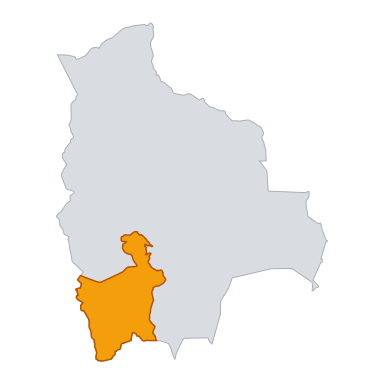 Potosí on a map of Bolivia (Robinson projection)
{"feature_id": "BOL-1939", "entity_name": "Potosí", "entity_type": "Department", "adm_level": 1, "iso_a3": "BOL", "parent_name": "Bolivia", "parent_adm1": "", "projection": "robinson", "projection_center": [-66.321, -20.376], "detail": "fine", "context": "in_parent", "style": "filled", "palette": "amber", "viewbox_px": 384, "rotation_deg": 0, "n_neighbors": 0, "source": "natural_earth", "source_scale": "10m", "svg_char_len": 9142}
<svg xmlns="http://www.w3.org/2000/svg" viewBox="0 0 384 384"><path d="M59.9,225.7L59.3,219.8L58.3,218.4L56.9,217.4L56.5,216.2L57.0,215.0L59.7,212.5L61.1,212.1L61.5,210.9L66.4,203.9L67.9,202.5L69.6,201.5L70.4,200.7L70.0,198.1L70.1,196.4L70.7,195.3L74.0,193.3L74.3,192.9L74.2,192.2L72.8,190.9L69.8,189.8L67.8,189.9L65.9,188.0L62.0,177.5L61.3,175.0L61.4,174.1L64.0,168.8L66.9,164.7L66.5,163.7L63.3,159.6L62.3,157.6L62.6,153.3L64.5,152.1L65.4,148.3L66.2,147.6L68.0,145.0L70.4,142.6L70.5,139.8L71.3,139.0L73.3,138.1L73.5,137.3L73.1,135.4L72.0,133.3L71.2,132.3L70.1,127.3L68.9,124.8L70.2,122.6L71.0,120.1L71.2,117.1L71.0,104.3L73.5,101.1L74.8,100.4L76.0,99.3L75.9,97.3L77.6,94.6L57.4,54.8L65.3,54.9L73.8,56.4L75.3,57.2L75.6,58.6L76.6,59.2L78.9,58.9L85.9,55.4L86.9,54.4L89.4,50.6L91.3,48.5L93.1,47.7L96.6,47.4L97.8,48.0L99.2,48.0L100.4,45.8L102.3,43.4L106.0,40.4L107.9,39.6L109.1,38.6L111.1,38.4L112.9,37.4L121.5,29.8L125.0,27.9L129.0,27.1L132.0,26.0L139.7,25.0L144.6,24.5L146.1,25.6L147.9,25.3L149.4,23.6L150.7,23.0L151.6,23.1L152.9,25.1L153.5,27.2L153.1,28.8L153.2,31.2L153.8,34.2L153.4,36.9L150.6,42.0L150.4,43.5L150.6,45.5L151.4,48.8L153.0,53.3L153.2,56.7L152.1,58.9L151.6,60.8L151.7,62.4L152.1,63.5L152.8,64.2L153.1,65.4L153.2,67.3L154.1,69.2L155.8,71.0L156.5,72.7L156.2,74.3L156.3,75.3L156.8,75.7L157.9,74.9L158.4,75.1L159.6,77.3L160.4,79.7L160.6,81.1L164.3,82.5L169.2,86.9L171.4,88.1L173.4,93.0L177.2,94.1L184.3,95.3L187.7,93.7L189.9,94.0L192.2,95.0L197.6,99.1L199.7,99.9L201.3,98.8L202.7,98.4L203.8,98.9L205.0,102.4L209.0,106.2L210.6,107.3L212.3,107.2L219.8,110.7L221.8,111.0L223.8,110.8L225.1,111.4L225.6,113.5L229.0,117.7L230.6,119.4L232.4,120.8L237.2,120.8L238.7,121.2L248.4,119.9L252.1,121.7L261.2,127.6L263.1,131.4L263.5,133.5L262.9,135.5L262.1,136.4L261.9,137.7L262.2,139.7L263.6,141.5L264.9,147.6L265.7,148.8L266.2,160.9L259.3,161.1L260.5,162.3L266.9,170.9L268.2,191.1L304.8,192.6L305.7,192.6L308.4,191.5L309.1,191.5L308.9,196.8L306.2,200.9L306.0,202.2L306.4,207.6L307.3,211.9L307.7,215.8L308.8,217.1L311.9,219.1L316.7,223.0L318.6,223.5L320.2,223.0L321.2,224.5L321.3,227.1L325.5,238.6L326.3,240.2L327.5,241.0L327.3,241.5L326.2,241.8L325.7,242.6L320.9,258.9L322.1,259.0L322.3,262.2L320.9,262.5L320.5,263.2L312.9,280.2L318.8,286.2L318.2,287.2L315.3,288.1L313.6,290.6L312.1,290.9L312.6,286.7L312.2,283.0L311.8,282.0L291.7,268.4L271.3,268.7L237.7,276.6L232.3,277.6L228.6,288.1L220.6,301.1L220.5,314.0L212.0,344.0L209.9,342.1L208.4,339.2L208.0,337.9L207.8,337.9L189.3,338.1L188.4,338.7L187.1,338.7L186.2,338.1L185.2,338.2L183.9,338.7L182.7,339.8L176.2,353.4L175.3,358.3L174.9,359.2L173.8,357.5L170.5,347.5L168.7,343.8L166.6,342.7L160.2,340.8L148.5,340.4L144.8,340.8L142.9,340.5L140.9,338.5L136.5,334.9L135.7,333.7L134.0,333.0L133.0,332.9L132.4,333.6L130.7,339.3L129.8,340.9L123.7,343.2L122.1,343.5L121.2,344.9L120.9,346.8L120.1,348.5L115.9,351.0L115.0,352.1L114.5,354.6L111.4,359.0L102.9,360.8L100.1,360.8L98.2,360.5L96.3,359.1L96.0,356.7L96.4,354.1L96.2,350.6L94.7,346.5L94.8,345.2L94.6,343.2L93.8,339.4L91.8,337.5L91.0,331.6L89.4,328.2L89.1,320.0L83.8,311.0L81.6,310.4L81.1,309.8L80.8,308.5L80.9,305.2L82.7,302.8L76.9,298.5L76.5,297.4L76.6,296.4L78.1,294.7L77.1,292.5L77.2,290.5L76.5,289.7L76.6,289.0L77.2,288.5L80.1,287.9L80.9,285.9L81.0,284.2L80.5,283.0L77.9,280.1L77.9,279.6L83.1,272.2L82.9,271.6L82.4,270.9L79.5,268.7L76.5,265.2L74.2,263.5L72.6,261.7L71.8,260.3L71.5,256.3L70.4,252.3L68.9,242.7L67.8,239.2L69.0,237.3L68.9,236.8L64.0,234.0L63.0,229.6L59.9,225.7Z" fill="#d9dde1" stroke="#a8b0b8" stroke-width="1"/><path d="M80.1,288.2L80.3,288.1L80.5,287.9L80.6,287.6L80.8,286.7L80.8,286.2L81.3,285.0L81.4,284.7L81.2,284.4L81.1,284.0L81.1,283.3L81.1,283.1L80.9,282.7L80.7,282.6L80.0,282.2L79.6,281.9L78.9,281.1L77.9,280.2L77.7,279.9L77.7,279.4L78.0,278.9L79.0,278.0L79.3,277.5L80.5,275.6L86.9,278.1L97.1,281.8L99.2,282.2L100.3,282.3L103.4,281.1L117.0,274.7L121.7,272.4L122.6,271.9L124.2,270.5L126.8,267.8L127.8,267.3L128.3,267.1L133.0,266.7L135.7,266.4L136.4,266.3L136.6,266.2L136.9,266.0L137.0,265.8L137.0,265.5L136.6,264.7L134.9,262.6L133.8,261.0L133.0,259.2L131.9,255.7L131.8,255.4L131.5,255.1L131.2,254.8L130.1,254.3L128.7,254.1L126.7,253.4L126.0,252.9L124.2,251.3L123.9,251.1L123.8,250.9L123.6,250.6L122.8,248.7L122.5,248.3L122.5,248.1L122.5,247.8L122.5,247.5L122.7,246.4L122.8,246.1L122.8,245.6L122.7,244.8L122.7,244.6L122.8,244.5L123.1,244.2L123.5,244.0L124.1,243.6L125.1,243.0L125.7,242.6L126.3,241.9L125.7,241.8L125.3,241.8L125.1,241.7L124.6,241.5L124.4,241.5L123.8,241.5L123.2,241.6L122.9,241.6L122.6,241.5L121.9,241.2L121.7,241.0L121.5,240.8L121.3,240.5L121.2,240.2L121.2,239.6L121.3,237.3L121.5,236.8L123.0,236.3L123.3,236.2L123.5,236.0L123.8,235.7L124.0,235.2L125.5,234.9L126.0,234.9L126.4,235.0L127.2,235.1L128.6,235.0L129.7,235.2L130.0,235.2L130.4,235.0L132.2,233.4L134.0,232.1L134.3,231.9L134.9,231.8L135.8,231.7L136.5,231.8L137.0,231.9L137.5,231.9L137.6,232.4L137.9,233.1L138.2,233.6L138.5,233.9L138.9,234.1L139.1,234.4L139.2,235.0L139.4,235.0L140.9,234.6L141.4,234.7L141.8,235.3L143.1,236.1L144.5,237.5L144.7,237.9L145.1,238.3L145.9,238.8L146.4,239.5L146.7,239.9L146.9,240.7L147.2,241.1L147.6,241.4L148.0,241.6L148.8,242.3L149.8,244.1L150.5,244.9L150.6,245.0L150.9,245.0L151.1,245.1L151.4,245.5L152.1,245.9L152.4,246.0L152.5,246.3L151.8,246.5L151.4,246.4L150.9,246.2L149.2,245.6L149.1,245.4L148.7,245.5L148.1,245.8L147.8,245.8L147.7,245.8L147.6,245.7L147.4,245.3L147.4,245.2L147.1,245.1L146.3,245.1L146.2,245.0L145.9,244.9L145.5,244.8L145.4,244.7L145.3,244.4L145.2,244.3L144.9,244.4L144.8,244.5L144.7,244.6L144.7,244.8L144.8,245.7L144.8,245.9L144.9,246.1L144.9,246.3L145.1,246.5L145.3,246.7L145.5,246.8L145.9,247.0L146.2,247.2L146.2,247.4L146.3,247.7L146.1,248.9L146.2,250.0L146.6,252.7L146.6,252.9L146.5,253.1L146.3,253.3L145.8,253.8L145.6,254.0L145.5,254.3L145.6,254.5L145.8,254.8L146.1,254.7L148.6,253.4L149.0,253.2L150.0,253.0L150.5,253.1L150.7,253.3L150.7,253.5L150.8,253.7L150.7,254.0L150.6,254.3L150.4,254.7L150.3,254.9L150.1,255.1L149.8,255.3L149.0,256.1L148.9,256.3L148.9,256.5L148.9,256.8L149.0,256.9L149.0,257.0L149.4,257.4L149.5,257.6L149.6,257.9L149.6,258.3L149.7,258.7L149.7,258.8L149.3,259.2L149.2,259.4L148.2,261.1L148.1,261.4L148.1,261.6L148.5,262.8L148.9,263.5L149.6,264.0L149.9,264.4L150.0,264.7L150.1,265.4L150.2,265.7L150.5,266.0L151.1,266.5L151.6,267.3L151.8,267.6L152.9,268.4L153.3,268.8L153.6,269.0L154.6,269.2L155.0,269.5L155.3,269.8L156.7,270.6L157.2,270.8L157.7,270.7L157.8,270.5L158.0,270.7L158.5,270.7L160.3,270.1L160.9,270.1L161.5,270.2L161.9,270.6L162.3,271.1L162.5,271.7L162.6,272.2L162.8,272.4L163.1,272.7L163.1,273.0L162.9,273.6L162.9,274.1L162.9,274.6L163.0,275.1L163.2,275.6L165.1,278.3L165.6,279.3L165.7,279.9L164.8,281.3L163.1,283.3L158.9,285.9L158.5,286.0L156.2,286.2L155.7,286.4L155.0,286.5L154.5,286.7L154.1,287.1L153.7,287.5L153.3,287.7L153.1,287.8L153.1,288.0L153.1,288.5L153.2,289.1L153.1,289.5L152.2,290.8L152.1,291.1L151.9,291.9L151.9,292.2L151.9,293.1L152.0,293.6L153.5,300.4L151.8,304.8L151.7,305.2L151.4,306.6L151.3,307.1L150.7,308.2L150.5,311.4L149.6,314.9L149.5,315.5L149.5,315.8L149.7,316.5L149.4,319.2L149.5,319.8L149.5,320.0L149.9,320.9L153.0,324.6L154.8,326.1L154.8,326.9L154.8,327.1L154.7,327.4L154.4,328.5L154.1,329.1L153.8,329.5L153.7,329.6L153.5,330.0L153.5,330.7L153.4,330.9L153.1,331.3L152.9,331.7L152.7,332.9L152.9,333.0L153.1,333.2L153.2,333.3L153.5,333.7L153.7,334.0L153.9,334.1L154.2,334.7L154.8,335.9L155.1,336.3L155.3,336.6L155.5,337.4L156.1,340.4L156.2,340.5L149.9,340.6L148.7,340.4L147.1,340.2L146.7,340.4L146.6,340.5L143.5,340.9L142.8,340.7L142.2,340.2L139.3,336.5L138.9,336.3L136.8,335.9L136.7,335.7L136.4,334.5L135.8,333.7L134.8,333.2L132.9,332.5L132.5,332.6L131.5,336.9L131.3,339.3L131.2,339.6L131.0,339.9L131.0,340.0L130.9,339.9L130.6,339.9L130.4,340.1L130.2,340.3L130.1,340.5L130.0,340.8L129.5,341.2L126.5,342.1L124.0,342.9L123.9,343.0L123.8,343.4L123.6,343.4L123.3,343.3L122.8,343.2L122.6,343.1L122.4,343.1L122.1,343.3L121.5,343.7L121.3,344.2L121.1,344.8L120.8,346.7L120.7,347.3L120.4,347.7L120.3,347.9L120.5,348.7L120.5,348.9L120.2,349.1L117.7,349.9L117.1,350.3L116.7,350.8L116.5,351.1L116.2,351.4L115.9,351.4L115.4,351.4L115.0,351.4L115.2,353.8L115.1,354.4L114.9,354.7L113.2,356.2L112.6,357.0L111.4,359.0L104.4,360.7L103.6,360.8L102.1,361.0L98.7,360.7L97.9,360.5L97.8,360.3L97.3,359.5L97.2,359.5L96.3,359.3L96.1,358.9L96.0,358.3L96.0,356.3L96.7,352.5L96.7,352.0L96.0,350.6L95.8,349.3L95.6,348.7L94.8,347.0L94.6,346.5L94.6,346.0L95.0,344.4L95.0,343.9L94.8,343.3L94.2,342.3L94.1,342.1L94.1,341.8L94.4,341.4L94.5,341.2L94.4,340.6L94.2,340.0L93.8,339.4L93.3,339.1L92.2,338.0L91.7,337.5L91.5,337.2L91.4,336.8L91.1,332.6L90.7,330.6L89.3,327.9L89.1,327.0L89.2,320.8L88.9,319.6L84.2,311.3L83.9,310.9L83.4,310.8L82.5,310.8L82.1,310.8L81.1,310.1L80.8,309.1L80.7,305.8L80.9,305.2L81.2,304.6L82.8,303.2L82.8,302.7L82.1,302.1L81.5,301.9L80.5,301.1L78.2,300.0L77.7,299.6L77.2,299.0L76.8,298.3L76.4,297.5L76.3,296.7L76.6,296.1L77.1,295.6L78.3,295.1L77.5,293.4L77.2,292.6L77.2,291.6L77.3,290.8L77.3,290.6L76.5,290.4L75.9,289.9L75.8,289.4L76.2,289.0L78.9,288.1L79.6,288.0L79.9,288.1L80.1,288.2Z" fill="#f59e0b" stroke="#b45309" stroke-width="1.5"/></svg>